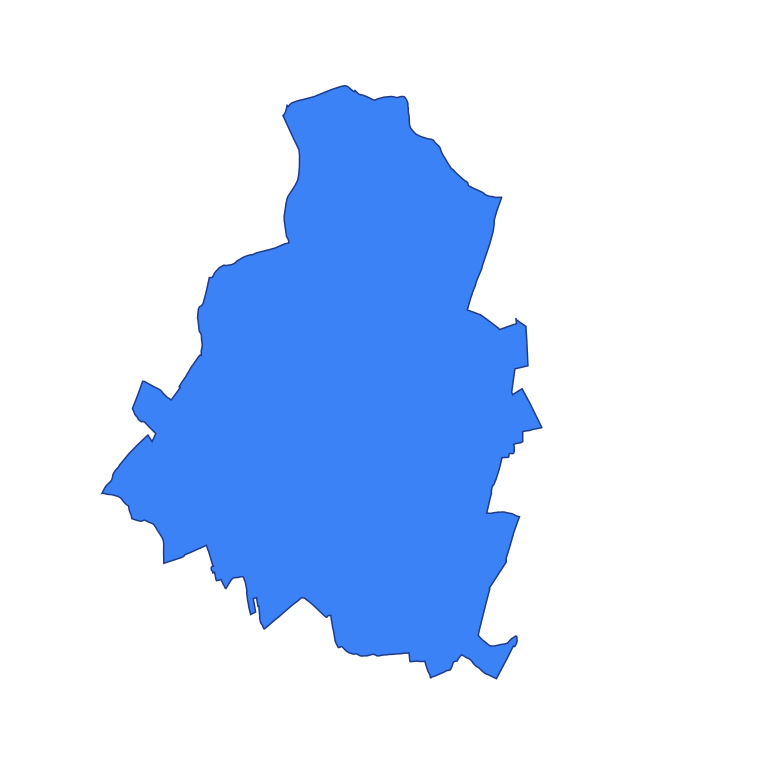 Sauca, Satu Mare, Romania, rotated 113°
{"feature_id": "2599482B69932192644712", "entity_name": "Sauca", "entity_type": "district", "adm_level": 2, "iso_a3": "ROU", "parent_name": "Romania", "parent_adm1": "Satu Mare", "projection": "equal_earth", "projection_center": [22.498, 47.458], "detail": "fine", "context": "isolated", "style": "filled", "palette": "blue", "viewbox_px": 768, "rotation_deg": 113, "n_neighbors": 0, "source": "geoboundaries", "source_scale": "gbopen_adm2", "svg_char_len": 6159}
<svg xmlns="http://www.w3.org/2000/svg" viewBox="0 0 768 768"><g transform="rotate(113 384 384)"><path d="M594.9,600.9L594.4,600.2L594.2,598.9L594.0,598.5L593.7,595.6L592.2,591.2L591.4,584.8L591.7,582.6L591.9,581.7L592.3,580.8L593.8,578.2L595.3,575.1L595.8,573.4L595.9,571.7L600.0,569.0L603.6,565.4L606.5,563.5L605.9,556.9L605.4,554.4L604.6,553.1L603.1,551.8L602.9,551.3L602.9,548.6L603.1,546.7L602.9,542.7L603.4,540.9L605.5,537.6L606.4,536.5L611.7,528.8L612.7,527.5L613.9,526.4L616.3,524.8L618.0,524.0L625.8,520.8L635.1,516.6L622.8,502.6L620.9,501.0L619.0,500.6L614.7,496.3L609.3,491.4L607.1,489.2L601.8,484.4L605.1,481.7L606.5,480.1L609.0,478.1L610.4,476.8L612.4,475.3L618.0,470.6L618.3,469.9L619.3,471.0L620.1,471.3L621.0,471.2L622.8,470.1L623.1,469.7L623.0,469.3L623.2,468.9L624.8,467.7L623.5,466.4L629.0,462.7L630.1,461.8L630.5,461.2L627.7,457.6L631.5,453.4L632.3,452.2L634.0,450.3L634.0,449.6L624.6,448.2L622.8,447.7L621.8,447.1L621.2,446.7L619.7,444.0L619.5,443.3L617.3,440.3L616.9,439.4L616.7,438.1L617.6,437.0L619.4,435.6L619.4,435.3L620.8,434.1L628.1,429.3L629.1,429.2L636.8,424.8L639.4,422.9L642.0,421.4L648.3,416.7L644.1,413.1L637.6,417.2L632.8,420.5L630.5,417.9L638.0,413.1L637.4,412.3L639.6,411.3L646.3,407.7L648.3,406.9L650.3,405.5L652.1,404.2L652.1,403.7L652.7,403.2L653.6,401.6L655.2,400.2L656.3,398.7L655.9,398.2L653.3,396.9L643.1,391.9L639.2,389.7L633.8,387.2L624.8,382.7L620.5,380.5L617.8,378.8L612.8,376.4L612.2,373.8L613.7,367.6L615.1,363.1L621.2,346.8L621.0,345.5L619.5,345.1L618.8,344.6L617.8,342.4L619.1,341.8L627.6,336.5L632.2,333.2L639.6,328.6L641.2,327.0L644.4,323.2L644.0,322.1L642.4,320.7L642.2,320.3L642.2,319.9L644.3,315.2L645.1,311.3L644.7,307.2L644.5,306.4L643.1,303.8L643.4,301.3L643.4,299.1L643.1,298.1L642.2,296.4L640.8,293.3L637.5,289.2L636.9,288.1L636.8,285.6L637.0,284.4L636.4,282.7L635.2,281.0L633.6,278.5L632.4,276.0L630.7,273.2L629.6,270.7L627.2,266.3L625.2,262.2L623.3,259.1L622.6,257.3L621.7,256.0L623.6,254.9L629.2,251.8L629.2,251.1L629.0,250.5L626.4,245.9L625.7,243.4L624.3,239.9L623.2,238.1L625.8,236.1L631.0,231.5L634.1,227.9L636.3,226.5L635.9,225.8L635.3,225.8L633.1,223.1L625.7,216.1L624.6,215.3L624.0,215.1L621.4,211.3L617.7,211.0L614.7,211.4L613.1,211.4L612.1,210.9L611.2,209.8L610.5,208.4L607.1,208.1L603.0,206.9L603.0,205.7L603.7,200.8L603.7,198.9L603.9,197.2L604.8,194.9L606.1,193.0L607.1,190.9L607.9,188.8L608.2,186.0L609.0,183.7L609.8,181.9L610.9,178.4L611.0,177.1L610.9,175.3L610.9,172.5L611.3,167.4L611.3,165.4L588.1,163.4L574.8,162.6L574.9,161.5L573.9,160.9L572.2,160.7L568.6,161.0L565.7,162.5L564.5,163.3L564.6,164.4L569.1,167.3L574.8,169.3L574.9,169.9L576.4,171.7L577.4,173.5L582.4,180.6L583.5,183.5L583.2,186.2L581.8,190.3L581.2,193.0L579.6,197.1L578.4,199.1L572.1,200.3L545.5,204.5L531.7,206.5L531.0,206.7L530.8,207.3L500.0,201.9L499.6,202.2L498.0,202.8L497.3,203.4L484.3,204.7L469.9,206.5L458.7,207.2L453.2,207.4L453.7,210.4L453.4,214.4L453.5,216.4L454.4,220.1L454.8,222.9L455.7,225.5L456.3,226.4L457.2,228.6L458.4,230.5L459.1,231.9L461.4,235.3L462.7,239.0L446.9,241.8L442.9,242.3L441.2,243.1L437.8,244.1L435.6,244.2L433.8,243.6L428.8,243.6L417.6,244.6L410.1,245.8L405.7,246.7L403.1,241.2L402.6,240.7L401.1,241.0L400.0,241.4L399.3,241.4L398.9,241.3L397.9,238.6L397.2,237.7L395.7,237.7L391.8,239.1L391.2,239.3L389.2,241.0L387.6,239.8L385.0,235.7L384.0,234.6L382.7,233.8L379.4,235.3L374.7,237.2L374.1,237.7L373.3,237.4L371.9,235.3L370.0,231.9L367.6,229.2L362.7,221.9L362.4,221.7L344.7,242.2L334.4,255.1L343.6,261.5L341.6,263.3L318.9,269.4L311.0,258.6L288.3,269.5L275.5,275.9L273.3,286.8L273.0,287.4L271.8,288.5L276.6,285.6L288.7,298.9L287.9,300.5L284.7,312.9L282.6,322.0L283.3,336.3L271.8,337.7L266.9,338.0L265.5,338.3L257.5,338.4L254.3,339.0L239.2,339.1L237.5,339.6L213.5,341.4L200.7,343.2L194.0,345.0L190.0,346.6L180.5,347.8L166.2,348.6L165.8,348.4L166.5,349.4L168.7,354.4L169.2,357.7L170.1,360.5L170.2,363.8L169.9,365.5L169.3,367.2L169.0,370.1L168.8,379.9L168.5,383.1L168.2,384.1L166.7,385.0L166.0,385.9L165.4,387.1L165.3,388.5L164.6,391.4L161.3,400.8L159.7,404.0L159.6,404.9L159.3,406.1L158.3,407.8L155.0,412.6L153.9,413.9L150.2,419.2L148.3,421.5L144.3,425.1L143.3,427.2L141.7,431.7L140.4,433.6L140.2,435.8L140.4,437.0L141.0,438.5L141.2,439.7L141.8,446.7L141.7,450.0L141.5,452.2L141.1,453.2L139.5,456.7L138.2,459.2L137.2,460.3L135.6,461.6L134.1,462.5L128.5,465.1L123.8,468.1L120.5,469.5L118.4,470.9L116.9,471.3L116.2,472.0L115.4,472.4L113.7,474.2L112.7,475.5L111.7,477.5L111.9,478.9L112.4,480.0L112.9,480.9L114.8,483.3L115.6,484.7L115.7,486.5L116.5,489.7L120.1,496.3L124.4,501.8L125.5,502.6L126.4,503.7L126.6,505.1L126.4,507.5L126.2,513.2L126.4,516.4L127.1,520.6L125.1,525.4L126.7,525.8L124.3,534.0L124.7,536.6L126.7,539.6L133.1,547.0L146.9,560.8L153.4,569.2L155.9,572.7L159.6,576.9L161.2,578.5L162.4,579.3L164.0,580.0L166.1,580.6L165.4,582.1L169.0,581.4L172.4,581.0L175.0,581.2L176.4,581.9L193.1,563.5L201.7,553.7L206.8,551.0L216.9,546.8L224.9,544.2L229.9,543.1L235.9,543.4L241.3,544.3L248.6,545.7L250.6,545.7L256.1,544.7L268.8,541.4L272.5,539.7L286.3,531.4L287.4,529.7L289.5,527.7L291.3,526.7L293.8,530.2L301.3,537.3L304.2,540.9L312.9,552.4L316.3,555.5L317.9,558.3L320.8,561.6L323.1,563.7L326.4,566.1L328.0,567.2L331.3,568.7L333.8,571.0L336.7,575.8L337.2,577.9L341.7,581.2L345.7,582.7L348.2,583.4L352.8,583.6L353.3,584.2L354.3,586.4L364.1,584.5L371.1,583.3L380.6,582.0L383.1,582.5L385.0,584.0L387.0,584.2L392.1,582.8L396.1,581.4L398.3,579.9L406.9,575.1L408.1,574.2L408.6,572.8L410.6,571.1L414.2,569.4L419.1,566.5L421.0,565.9L424.2,565.4L425.4,565.0L429.0,563.3L429.1,564.6L431.5,565.4L444.3,568.1L454.8,569.4L461.2,570.8L466.6,571.5L466.9,570.2L481.9,573.6L481.3,575.7L481.0,578.3L479.3,582.7L477.0,587.3L476.7,589.3L476.4,594.8L475.5,603.6L475.2,605.2L475.8,607.3L480.6,606.9L492.6,606.3L505.0,606.0L507.1,603.5L508.8,602.0L510.0,600.4L511.0,598.1L512.7,596.1L513.6,592.6L512.6,591.2L512.7,589.5L517.5,578.0L518.7,574.7L527.6,575.0L523.2,581.4L535.4,586.7L547.0,591.3L562.3,595.9L563.3,595.8L564.8,596.1L566.6,596.9L568.6,597.6L572.4,598.1L573.8,598.0L576.4,597.4L579.0,597.2L580.6,597.6L585.7,599.9L588.9,600.5L594.9,600.9Z" fill="#3b82f6" stroke="#1e3a8a" stroke-width="1.5"/></g></svg>